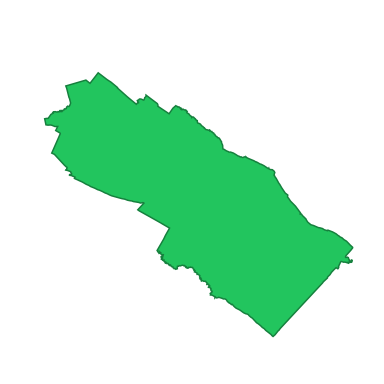 Manastiur, Timis, Romania, rotated 133°
{"feature_id": "2599482B61574794273551", "entity_name": "Manastiur", "entity_type": "district", "adm_level": 2, "iso_a3": "ROU", "parent_name": "Romania", "parent_adm1": "Timis", "projection": "mercator", "projection_center": [22.048, 45.863], "detail": "fine", "context": "isolated", "style": "filled", "palette": "green", "viewbox_px": 384, "rotation_deg": 133, "n_neighbors": 0, "source": "geoboundaries", "source_scale": "gbopen_adm2", "svg_char_len": 6059}
<svg xmlns="http://www.w3.org/2000/svg" viewBox="0 0 384 384"><g transform="rotate(133 192 192)"><path d="M238.9,349.7L242.5,344.6L241.3,342.9L239.6,341.3L238.8,340.1L237.6,336.9L235.7,334.9L240.0,333.6L239.1,329.8L238.9,328.6L239.2,328.1L259.2,321.1L258.3,318.3L259.4,303.5L259.4,301.2L259.2,300.3L259.4,299.9L260.1,299.7L261.1,299.0L261.8,299.4L262.1,299.3L261.1,297.6L259.9,294.6L260.3,294.0L260.7,292.5L261.1,292.3L261.8,292.6L262.7,293.4L263.2,293.2L263.1,292.5L262.0,291.5L262.2,291.3L260.9,287.7L262.3,287.2L259.5,279.0L258.5,274.6L257.5,271.9L257.2,270.0L255.6,265.9L254.6,262.5L253.8,260.9L252.8,258.0L252.0,255.0L251.1,252.9L250.4,250.4L249.6,248.2L244.7,238.8L243.1,236.3L241.9,233.4L240.6,231.3L239.6,229.9L239.0,228.4L236.1,224.1L235.2,222.1L233.5,220.9L232.9,220.0L232.9,219.6L242.0,219.5L241.8,217.8L236.6,196.6L233.7,183.8L241.9,181.8L245.7,180.6L258.3,177.7L258.1,177.4L258.2,176.9L259.1,176.5L258.9,175.4L259.4,174.2L259.0,174.0L257.8,174.8L257.9,174.0L257.7,173.3L258.5,172.6L258.7,171.9L258.6,171.3L257.5,170.5L257.4,170.2L258.3,169.8L259.0,169.9L259.1,169.4L259.8,169.3L260.1,170.4L260.4,170.5L260.7,170.2L261.0,169.3L262.1,168.5L261.8,168.1L260.9,168.1L261.9,167.2L261.9,166.9L261.5,166.8L261.4,166.4L260.9,166.1L261.1,165.9L261.4,166.2L261.6,165.9L261.8,164.3L261.3,163.8L261.8,163.6L262.2,162.9L261.2,162.3L261.5,161.6L260.6,160.7L261.1,159.2L260.6,158.8L260.8,158.3L260.1,158.2L260.0,157.9L260.5,157.0L260.2,156.1L260.4,155.8L259.8,154.8L260.3,154.2L260.1,153.5L260.3,152.8L259.5,152.1L259.6,151.2L258.1,150.4L257.4,151.3L256.2,152.0L255.6,151.2L254.6,151.2L254.2,150.3L252.1,149.1L251.7,148.7L251.5,147.5L250.9,147.4L250.8,147.0L251.2,145.8L250.8,145.7L250.6,145.4L251.2,145.1L251.3,144.5L251.2,144.2L250.9,144.1L250.7,143.2L250.4,142.9L249.7,143.3L249.2,142.9L248.6,142.0L247.8,141.8L247.6,141.0L246.8,140.1L247.4,138.6L247.4,137.8L247.2,137.5L247.9,137.2L247.6,136.1L248.3,135.9L248.2,135.7L248.4,135.6L248.2,135.5L248.3,134.6L247.8,133.3L248.8,132.1L247.9,131.1L248.0,130.5L247.8,129.3L249.0,128.5L249.1,128.2L248.9,127.3L250.1,127.1L250.0,126.7L249.3,126.6L249.2,125.9L249.5,125.6L250.1,125.5L250.7,124.4L249.7,123.9L249.2,122.3L248.4,121.7L248.0,121.1L248.3,120.1L248.3,118.8L249.5,118.2L249.5,117.9L248.6,117.6L248.3,117.1L248.2,116.7L248.8,116.0L248.6,114.9L249.2,114.7L250.0,115.2L250.5,115.1L250.5,114.9L249.9,114.2L249.6,112.8L249.6,112.4L250.2,112.2L250.4,111.5L251.1,110.9L251.2,110.6L250.9,109.9L250.9,109.6L252.3,108.9L253.2,109.5L253.8,109.5L254.1,109.1L254.1,108.5L254.7,108.2L253.8,107.1L253.3,105.4L253.2,104.4L253.0,103.8L253.6,103.2L252.8,103.3L252.9,102.1L252.8,101.9L251.5,100.9L250.8,100.7L249.1,97.2L248.9,96.2L247.8,95.1L247.5,94.2L247.4,93.2L248.0,91.3L247.7,89.5L247.9,89.1L247.6,88.7L247.4,87.5L247.5,86.4L246.7,86.0L247.0,83.0L246.9,80.6L245.7,76.6L245.1,71.8L244.4,69.7L243.5,68.1L243.3,67.2L243.5,65.8L243.4,63.4L243.1,61.8L243.6,55.6L243.2,53.7L243.0,50.6L243.1,48.2L242.7,46.0L242.9,43.7L242.3,37.1L242.5,35.6L242.4,34.2L239.8,33.9L234.6,34.3L233.9,34.1L231.6,34.4L169.5,34.5L168.1,34.7L162.5,34.3L161.9,34.8L161.1,34.9L158.5,34.7L155.5,35.2L151.8,35.2L149.1,35.0L148.7,33.0L148.5,32.9L147.1,33.3L146.7,33.6L146.5,34.1L141.4,35.7L140.9,35.3L139.9,33.2L138.9,32.3L137.0,28.3L137.0,29.8L134.6,27.4L134.1,27.4L132.8,28.1L132.7,28.4L133.0,29.1L133.4,29.1L134.0,28.5L135.2,29.6L134.3,30.9L134.0,31.9L133.4,32.9L133.6,33.8L135.0,34.9L134.9,35.4L133.9,35.9L133.1,36.0L126.3,36.1L123.3,36.4L122.9,36.8L122.9,40.3L122.6,45.5L123.2,48.3L123.2,51.0L123.9,53.2L123.9,54.5L124.2,55.6L124.3,58.0L125.3,61.9L127.2,66.6L127.9,66.5L129.4,69.5L129.7,71.6L130.8,73.7L131.9,75.4L133.6,80.2L134.9,82.8L135.1,86.9L134.4,89.5L134.0,90.3L133.9,95.2L133.5,96.9L134.4,97.8L134.1,98.1L133.6,98.1L133.3,98.4L132.3,103.9L131.8,106.6L131.5,113.7L130.7,117.1L130.6,118.6L128.9,119.9L129.2,123.1L127.7,129.5L126.6,133.0L126.4,134.4L124.6,139.8L124.3,141.6L123.9,142.4L124.0,143.1L122.9,144.0L121.3,144.7L120.8,146.0L120.8,146.9L120.9,148.5L122.0,149.8L122.4,150.7L122.5,151.6L122.2,152.1L122.7,152.0L122.9,152.3L123.7,157.4L124.6,160.5L125.1,161.3L125.8,164.5L126.2,165.6L126.4,165.6L126.9,168.0L128.9,173.3L129.5,175.3L129.5,176.6L129.8,176.4L130.6,177.7L132.0,178.2L132.5,178.9L132.8,180.1L133.5,180.6L133.7,181.9L134.3,183.1L134.7,185.6L135.3,188.3L136.5,191.0L137.5,192.0L137.9,193.6L138.4,194.6L138.9,197.5L139.4,198.8L136.9,201.5L135.8,204.1L135.2,204.5L134.2,208.1L134.1,209.2L134.8,210.4L134.5,211.6L134.8,212.4L134.8,213.2L134.6,214.1L134.3,214.5L134.5,215.7L134.1,216.4L134.5,217.3L134.5,218.5L134.3,218.7L134.6,219.0L134.7,219.9L135.3,220.6L135.1,220.8L134.7,220.6L134.6,220.8L134.8,221.1L134.7,221.6L135.5,221.9L136.3,223.6L136.9,224.5L136.8,225.8L137.0,226.4L136.6,226.7L136.8,227.7L136.7,228.8L137.0,230.1L136.6,232.1L137.1,233.9L137.6,234.6L137.4,235.5L136.2,236.8L136.5,237.1L136.4,238.3L136.6,238.8L136.2,239.3L136.3,240.4L136.2,242.0L136.8,242.8L137.7,242.9L137.1,243.9L137.4,245.6L137.0,247.5L137.5,249.7L137.3,250.1L136.3,250.5L136.5,251.0L136.3,252.0L136.7,252.3L136.4,252.7L137.2,253.6L137.5,255.1L138.7,255.4L139.1,256.3L139.0,256.8L138.1,256.9L138.3,257.8L138.8,258.3L138.5,259.0L138.8,259.8L139.5,260.2L139.4,261.0L139.8,261.8L139.9,262.7L143.8,263.1L150.4,262.1L152.6,275.5L151.7,276.1L151.0,277.6L152.5,291.7L153.5,290.8L155.3,290.9L157.2,289.9L157.9,290.2L158.5,292.1L159.4,293.5L160.0,293.9L160.8,293.8L162.4,294.4L162.8,293.6L162.7,292.6L163.3,292.0L163.5,292.2L163.4,292.7L165.8,292.5L166.5,304.0L166.8,317.5L166.4,317.7L166.9,326.2L167.7,330.6L168.8,341.9L182.1,340.7L182.5,345.9L200.5,356.6L201.6,354.4L206.6,346.7L207.2,345.3L209.6,341.6L210.3,341.1L212.5,340.3L213.4,340.3L213.7,340.7L214.0,341.5L215.5,341.6L216.6,340.9L217.4,341.1L218.2,342.0L219.0,341.6L220.4,342.1L221.1,341.9L221.4,342.2L221.3,342.9L222.0,343.1L222.3,342.4L222.8,343.0L222.4,344.1L222.7,344.2L223.5,343.7L224.1,343.9L224.5,344.8L225.0,344.8L225.8,345.5L226.4,346.7L227.7,347.9L228.7,347.3L228.8,348.0L230.6,347.7L231.4,348.1L236.2,347.4L237.4,348.6L238.9,349.7Z" fill="#22c55e" stroke="#15803d" stroke-width="1.5"/></g></svg>